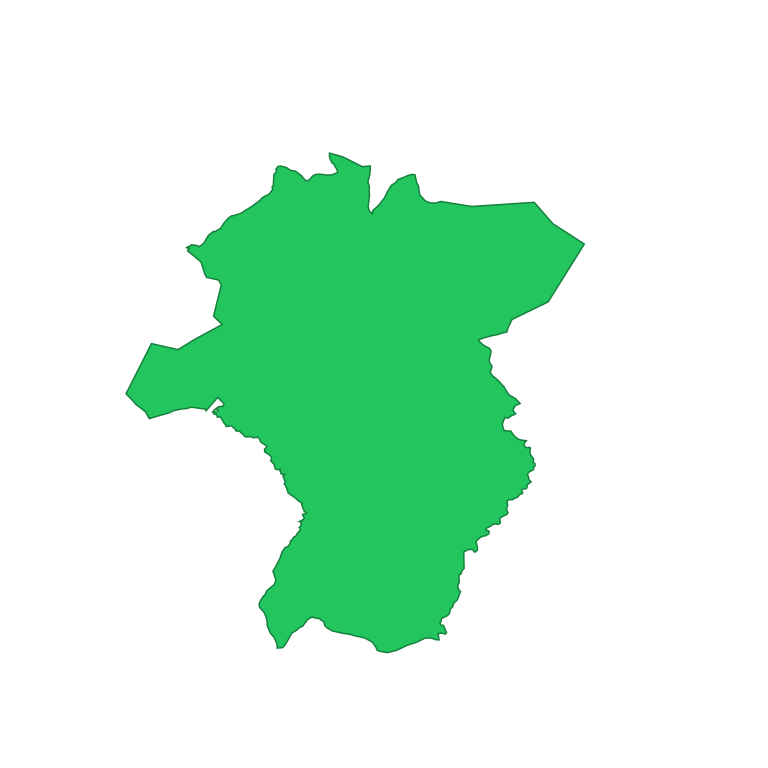 outline of San Andrés Solaga, Oaxaca, Mexico, rotated 233°
{"feature_id": "50627088B53471803847057", "entity_name": "San Andrés Solaga", "entity_type": "district", "adm_level": 2, "iso_a3": "MEX", "parent_name": "Mexico", "parent_adm1": "Oaxaca", "projection": "natural_earth1", "projection_center": [-96.225, 17.275], "detail": "fine", "context": "isolated", "style": "filled", "palette": "green", "viewbox_px": 768, "rotation_deg": 233, "n_neighbors": 0, "source": "geoboundaries", "source_scale": "gbopen_adm2", "svg_char_len": 5571}
<svg xmlns="http://www.w3.org/2000/svg" viewBox="0 0 768 768"><g transform="rotate(233 384 384)"><path d="M531.5,172.1L520.1,173.5L517.5,173.5L509.5,175.7L505.1,176.8L497.6,175.7L495.3,182.1L490.2,195.2L489.2,200.2L488.0,202.7L485.6,207.7L484.4,210.0L483.4,210.8L483.2,211.4L481.5,216.0L478.9,218.8L471.4,226.2L469.7,225.8L473.3,243.1L464.9,244.4L462.9,242.0L465.3,238.8L465.5,234.1L463.0,235.8L462.2,233.8L462.4,232.8L465.3,232.3L464.8,230.3L464.0,230.9L463.0,230.0L462.2,230.3L460.6,231.5L459.7,231.6L458.5,231.4L457.8,231.0L457.1,232.3L455.9,233.5L449.7,232.8L447.4,232.9L445.1,232.4L444.0,233.8L443.1,236.3L442.4,237.0L437.1,238.1L436.0,237.5L435.5,237.6L433.1,240.4L431.9,240.3L428.7,241.1L427.2,241.2L425.4,241.4L424.2,242.7L422.4,245.7L419.6,247.3L417.7,251.0L414.1,251.6L412.6,250.6L411.2,250.8L405.5,252.9L404.5,252.9L403.8,249.4L401.6,247.8L397.3,249.6L394.1,250.1L392.0,249.3L390.9,247.3L386.3,247.9L381.6,246.1L380.4,246.7L378.0,249.9L377.4,248.7L373.7,247.8L371.5,250.4L371.2,247.9L364.8,246.0L364.4,244.4L358.5,243.6L358.5,243.1L354.5,241.9L346.7,244.5L341.8,245.4L337.7,247.0L337.5,245.8L336.0,245.2L330.3,243.7L327.8,244.5L327.3,243.6L328.6,241.6L328.6,240.2L325.1,239.7L324.3,238.5L325.1,233.6L323.3,235.2L322.6,233.7L320.7,232.4L320.4,229.9L319.3,230.1L318.0,229.8L317.1,225.5L315.7,222.2L316.0,219.5L314.8,216.6L314.9,214.8L312.8,212.6L312.1,209.1L312.8,206.6L311.2,201.5L307.6,196.3L303.7,188.5L301.4,182.7L292.5,179.6L290.6,176.9L289.8,175.1L289.7,170.6L289.5,167.3L289.2,165.6L288.3,164.0L287.3,162.3L287.2,160.2L286.5,158.0L285.3,154.9L284.1,152.7L282.5,151.1L280.1,150.2L274.6,150.8L270.2,150.0L265.3,148.1L261.1,145.3L253.5,143.3L247.7,143.7L240.8,142.1L237.4,139.8L234.5,144.2L234.9,147.2L236.8,152.1L240.4,160.0L240.4,161.5L239.9,166.0L240.3,170.3L239.5,173.4L241.1,178.4L241.9,181.5L241.2,186.2L238.5,188.3L235.3,191.3L232.7,191.8L230.6,192.9L226.6,191.3L223.6,191.7L218.1,194.0L216.3,195.5L210.2,200.6L207.1,203.6L203.8,206.7L201.6,208.2L193.0,215.6L186.0,218.9L183.2,219.4L178.7,219.1L175.3,218.3L172.9,220.0L167.6,224.8L163.8,233.5L161.3,245.5L158.1,254.7L156.3,264.1L152.4,269.1L148.7,271.4L146.5,274.0L152.0,276.9L150.5,280.1L147.4,282.5L147.6,284.2L154.6,286.1L155.7,286.1L156.8,284.7L157.3,284.4L160.2,285.1L159.8,286.4L162.2,288.9L160.9,294.9L161.1,297.8L164.1,301.3L164.9,304.9L167.1,308.0L167.5,312.7L172.2,320.2L174.7,319.9L178.6,321.4L180.4,324.9L186.2,328.6L186.0,331.7L187.9,333.4L188.4,336.9L201.9,346.6L201.0,351.9L198.4,355.2L195.7,355.0L194.9,355.6L195.0,358.4L197.5,360.5L202.9,362.6L203.6,368.2L202.7,372.0L201.5,374.1L201.2,377.4L202.9,379.3L204.9,378.6L205.7,377.3L207.1,378.3L207.1,380.1L206.3,383.0L206.4,385.6L205.8,388.1L203.0,391.0L203.0,393.4L207.1,395.6L206.8,399.2L205.9,403.8L206.7,405.6L210.1,406.2L212.8,409.9L216.5,411.7L216.3,414.1L214.2,417.3L214.1,420.0L213.2,421.9L214.0,426.3L213.2,428.2L213.6,429.2L216.7,430.1L216.8,431.0L214.8,434.8L215.2,435.9L217.4,437.6L217.3,439.3L217.3,442.5L220.5,442.2L222.4,443.4L225.7,444.2L226.4,447.1L225.6,451.8L227.4,453.3L227.7,455.3L229.3,456.6L231.0,456.2L231.8,456.2L234.0,458.3L239.7,458.5L243.0,460.2L244.4,462.3L245.2,462.5L246.4,461.2L246.7,460.2L248.0,459.2L250.1,458.7L251.7,459.6L252.4,461.0L253.1,463.6L255.6,460.8L258.8,458.1L264.5,456.7L269.9,457.0L274.6,451.8L276.1,452.5L278.3,453.2L280.6,454.2L283.3,458.3L284.4,460.5L282.0,462.5L282.0,466.2L281.4,468.6L280.9,471.2L284.3,471.1L286.2,471.9L287.7,476.1L286.5,481.0L292.5,480.3L295.0,479.5L298.6,477.9L301.4,477.3L307.4,477.8L309.2,478.2L313.0,477.7L317.0,477.5L320.9,476.7L325.0,475.7L329.4,475.8L333.1,480.9L337.0,481.2L339.9,482.4L343.3,486.8L345.8,489.3L349.1,489.7L351.7,488.3L356.1,486.5L359.5,486.0L362.2,486.0L361.8,488.4L361.2,490.2L360.5,492.2L357.1,500.4L355.1,504.5L353.1,510.1L351.6,513.5L354.0,516.5L358.5,525.1L350.8,564.6L375.2,628.2L376.0,627.9L410.5,615.3L438.7,613.3L440.5,610.5L459.5,581.5L473.0,560.9L495.6,539.2L497.5,534.0L500.8,530.0L503.8,527.9L506.1,527.1L513.6,526.5L516.2,527.7L520.7,530.4L525.5,531.4L529.6,533.3L532.5,534.7L534.6,532.4L536.0,528.8L536.9,525.1L538.9,518.1L537.8,514.5L538.3,509.6L537.6,507.7L535.3,501.9L532.4,496.4L530.0,487.5L529.5,483.1L529.5,480.0L527.1,477.1L531.1,476.4L535.2,478.1L543.0,485.6L547.5,488.6L550.3,491.0L555.1,492.8L560.1,499.1L566.4,504.3L570.6,497.5L590.3,487.7L601.2,479.4L600.8,479.1L600.0,478.7L599.4,477.9L598.3,477.2L594.7,476.1L592.0,475.5L590.9,476.0L588.8,476.2L587.5,475.8L586.0,475.8L583.1,475.3L581.4,474.6L581.0,473.9L581.1,472.9L581.4,471.8L582.5,468.4L583.6,466.4L584.9,464.6L586.0,463.2L587.8,461.6L590.0,459.2L591.5,457.1L592.3,455.7L592.9,453.7L593.0,452.0L592.5,449.8L592.1,447.7L591.8,446.6L592.5,445.5L592.9,444.8L593.4,444.1L594.2,443.7L597.1,443.5L600.8,443.4L603.2,442.5L605.2,442.1L606.9,441.5L608.4,440.3L609.3,439.4L610.5,438.2L614.1,436.8L615.4,436.5L616.5,435.6L618.0,434.6L619.0,433.5L620.4,432.6L621.4,430.3L621.5,429.6L620.4,426.8L619.6,427.3L617.9,424.3L617.7,422.4L615.2,420.1L613.8,419.2L612.6,417.8L609.5,415.5L609.1,413.9L608.0,412.7L606.5,412.6L605.3,408.1L604.8,406.1L605.9,400.7L605.9,397.3L605.4,396.4L605.3,386.3L606.2,375.8L606.4,372.7L608.8,365.6L610.0,363.6L610.2,359.7L609.2,354.4L608.6,352.2L607.1,348.5L606.7,346.6L607.3,341.4L608.5,339.2L608.4,333.3L605.0,325.0L604.7,321.9L604.8,318.9L605.6,318.9L607.9,317.3L610.2,314.7L610.9,314.5L611.2,310.4L611.7,309.8L611.6,308.4L609.6,310.0L608.6,307.3L591.6,311.3L579.4,307.0L575.9,306.5L566.7,314.4L561.1,313.7L540.7,288.7L528.9,290.5L533.5,260.3L535.4,240.2L556.2,222.6L531.5,172.1Z" fill="#22c55e" stroke="#15803d" stroke-width="1.5"/></g></svg>